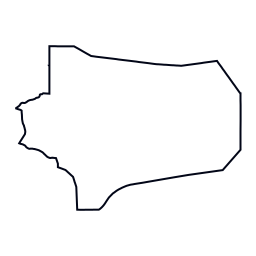 Khab wa Ash Sha'f, Al Jawf, Yemen
{"feature_id": "15242507B11673803403546", "entity_name": "Khab wa Ash Sha'f", "entity_type": "district", "adm_level": 2, "iso_a3": "YEM", "parent_name": "Yemen", "parent_adm1": "Al Jawf", "projection": "mercator", "projection_center": [45.303, 16.593], "detail": "fine", "context": "isolated", "style": "outline", "palette": "ink", "viewbox_px": 256, "rotation_deg": 0, "n_neighbors": 0, "source": "geoboundaries", "source_scale": "gbopen_adm2", "svg_char_len": 4003}
<svg xmlns="http://www.w3.org/2000/svg" viewBox="0 0 256 256"><path d="M240.5,93.4L240.3,93.4L238.8,91.4L237.4,89.4L236.1,87.6L234.5,85.3L233.0,83.3L231.6,81.3L230.1,79.2L228.7,77.2L227.2,75.2L225.7,73.1L224.1,70.8L222.8,69.1L221.4,67.0L219.9,65.0L218.4,63.0L217.0,60.9L214.7,61.2L212.5,61.5L210.4,61.8L208.0,62.1L205.8,62.4L203.6,62.7L201.3,63.1L199.1,63.4L196.9,63.7L194.6,64.0L192.4,64.3L190.2,64.6L187.9,64.9L185.7,65.2L183.5,65.5L181.2,65.8L178.8,65.6L176.3,65.5L173.8,65.3L171.3,65.2L168.8,65.0L166.3,64.8L163.8,64.7L161.5,64.5L158.7,64.3L156.4,64.2L153.9,63.9L151.7,63.6L148.8,63.2L146.3,62.9L143.8,62.6L141.3,62.3L138.8,62.0L136.3,61.6L133.8,61.3L131.3,61.0L128.8,60.7L126.3,60.4L123.7,60.1L121.2,59.8L118.7,59.5L116.2,59.1L113.7,58.8L111.2,58.5L108.6,58.2L106.2,57.9L103.7,57.6L101.2,57.3L98.6,57.0L96.1,56.7L93.4,56.3L91.1,56.0L89.0,54.8L86.8,53.6L84.7,52.4L82.6,51.2L80.4,49.9L78.3,48.7L76.1,47.5L74.0,46.3L71.6,46.3L69.2,46.3L67.0,46.3L64.4,46.3L62.0,46.3L59.6,46.3L57.2,46.3L54.8,46.2L52.4,46.2L50.9,46.2L50.0,46.2L49.4,46.2L49.4,51.5L49.4,65.8L49.2,65.8L49.4,66.1L49.4,76.6L49.4,83.4L49.4,93.7L43.2,93.3L41.8,94.3L40.9,94.2L40.2,94.4L39.9,94.7L39.9,94.9L39.8,95.4L39.7,95.9L39.5,96.3L39.2,96.8L38.8,97.2L38.4,97.4L38.0,97.5L37.5,97.7L37.1,97.7L36.5,97.8L36.3,97.9L35.9,98.1L35.6,98.3L35.3,98.6L34.8,98.9L34.3,99.1L33.6,99.3L33.1,99.5L32.5,99.7L31.9,99.8L31.5,99.8L31.1,99.9L30.4,100.0L29.9,100.1L29.4,100.3L28.9,100.5L28.3,100.8L27.9,101.0L27.5,101.3L26.8,101.9L26.2,102.2L26.1,102.3L25.6,102.7L24.9,102.9L24.4,103.0L24.1,103.0L23.8,103.0L23.5,102.9L23.1,102.9L22.8,102.8L22.4,102.8L22.0,102.9L21.5,103.1L21.3,103.3L20.9,103.5L20.7,103.8L20.4,104.1L20.3,104.4L20.1,104.8L19.8,105.1L19.6,105.3L19.4,105.6L19.0,106.0L18.5,106.4L17.9,106.8L17.4,107.2L16.8,107.6L16.3,107.9L16.2,107.9L15.6,108.2L15.4,108.2L15.9,108.4L17.1,108.8L17.9,109.1L19.8,109.7L20.3,109.8L20.9,110.1L21.6,110.6L21.7,112.8L21.8,113.7L21.9,114.7L22.1,119.4L22.5,121.6L22.7,122.5L22.8,123.2L23.1,123.9L23.9,125.5L24.0,125.7L24.0,126.1L24.5,127.7L25.0,129.9L25.1,130.0L25.3,131.7L25.3,131.8L25.2,132.5L25.0,133.7L25.0,134.0L24.8,134.3L24.4,135.0L20.2,141.6L19.3,143.1L19.2,143.3L19.5,143.4L19.9,143.6L20.2,143.7L20.4,143.8L20.9,143.9L21.4,144.0L21.8,144.1L22.5,144.3L22.9,144.4L23.4,144.7L24.0,145.0L24.6,145.3L24.9,145.5L25.2,145.7L25.4,146.0L25.6,146.2L25.8,146.5L26.0,146.8L26.2,147.0L26.5,147.3L26.9,147.6L27.2,147.8L27.8,148.2L28.3,148.4L28.9,148.7L29.3,148.8L29.6,148.8L29.8,148.8L30.1,148.7L30.4,148.7L30.7,148.7L31.1,148.7L31.4,148.7L31.8,148.7L32.2,148.7L32.5,148.7L32.9,148.8L33.5,148.9L34.0,149.0L34.3,149.0L34.6,149.0L35.0,149.2L35.3,149.2L35.7,149.3L36.2,149.5L36.7,149.6L37.4,149.8L38.1,150.0L38.6,150.2L39.0,150.3L39.3,150.5L39.7,150.7L40.0,150.9L40.5,151.1L41.0,151.4L41.6,151.8L42.1,152.0L42.5,152.3L42.9,152.6L43.1,152.8L43.4,153.1L43.7,153.4L43.9,153.6L44.2,154.0L44.6,154.3L45.0,154.6L45.5,155.2L46.2,155.8L46.7,156.3L47.2,156.8L47.5,156.9L47.9,157.2L48.4,157.4L49.1,157.7L49.7,157.9L50.1,158.0L50.5,158.0L50.9,157.9L51.2,157.9L51.4,157.9L51.6,157.8L51.8,157.8L52.0,157.8L52.2,157.7L52.3,157.7L52.6,157.8L52.9,157.8L53.3,157.8L53.8,157.9L56.0,158.1L57.5,162.5L57.9,163.6L57.9,167.2L61.0,168.3L62.6,168.9L65.5,170.0L67.6,171.9L68.1,172.4L68.7,172.9L71.3,175.3L73.0,176.8L73.3,177.6L74.1,180.1L74.7,182.2L75.0,182.9L76.3,186.9L77.2,209.7L77.3,209.7L80.5,209.8L93.2,209.7L96.4,209.7L97.5,209.7L98.7,209.7L99.1,209.5L99.4,209.3L100.1,208.8L100.8,208.2L101.9,207.2L102.9,206.1L103.0,206.0L103.2,205.8L103.6,205.3L104.8,203.7L106.6,200.9L108.9,197.5L112.1,194.2L112.9,193.4L114.1,192.6L116.5,190.8L118.6,189.5L120.0,188.8L120.6,188.5L122.1,187.7L122.8,187.4L124.2,186.8L125.6,186.2L126.9,185.7L128.4,185.3L130.1,184.8L130.5,184.7L133.1,184.3L134.6,184.0L142.9,182.7L147.4,181.9L174.1,177.3L188.6,174.9L222.7,170.1L225.5,166.9L240.5,149.8L240.5,131.4L240.6,119.8L240.6,114.2L240.6,113.8L240.6,108.6L240.6,105.1L240.5,100.4L240.5,95.9L240.5,93.6L240.5,93.4Z" fill="none" stroke="#020617" stroke-width="2"/></svg>